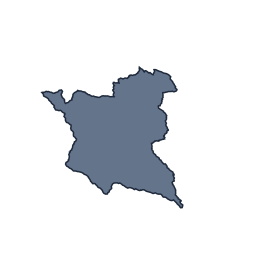 Cutervo, Cajamarca, Peru (Equal Earth projection), rotated 126°
{"feature_id": "86281439B9641917532645", "entity_name": "Cutervo", "entity_type": "district", "adm_level": 2, "iso_a3": "PER", "parent_name": "Peru", "parent_adm1": "Cajamarca", "projection": "equal_earth", "projection_center": [-78.851, -6.166], "detail": "fine", "context": "isolated", "style": "filled", "palette": "slate", "viewbox_px": 256, "rotation_deg": 126, "n_neighbors": 0, "source": "geoboundaries", "source_scale": "gbopen_adm2", "svg_char_len": 5884}
<svg xmlns="http://www.w3.org/2000/svg" viewBox="0 0 256 256"><g transform="rotate(126 128 128)"><path d="M195.0,109.1L194.6,107.2L193.5,105.9L192.0,106.3L191.4,105.9L190.7,105.7L189.5,106.3L186.6,105.7L186.0,106.1L185.3,107.1L182.5,107.6L181.4,107.3L180.5,106.7L178.7,104.5L178.4,103.0L177.4,102.3L177.2,101.6L177.2,100.0L177.4,98.8L177.0,97.4L177.1,95.3L176.8,92.9L175.5,92.0L174.7,90.7L174.1,88.4L174.1,86.8L173.8,86.4L172.7,86.2L172.2,83.0L171.8,81.9L171.3,81.4L170.7,81.3L170.3,80.3L169.4,80.0L168.5,78.5L168.4,76.0L166.8,71.9L166.3,69.3L165.7,68.7L164.4,67.8L164.2,66.1L163.7,64.7L162.3,62.7L162.3,61.5L163.1,59.4L163.1,58.8L162.3,57.6L161.8,56.2L162.1,54.3L161.9,53.5L161.7,51.5L161.2,50.2L160.4,49.4L159.4,48.9L160.1,44.5L160.5,43.6L160.8,40.6L161.3,39.9L161.5,38.4L161.1,38.2L160.8,37.5L160.6,37.4L158.8,38.0L158.0,38.6L158.1,41.1L157.2,42.4L156.9,42.6L156.1,42.1L155.7,42.2L155.5,42.6L155.6,43.7L155.4,44.6L155.8,45.7L155.0,46.5L154.9,47.7L154.4,49.2L154.3,50.4L153.0,50.9L150.6,52.8L150.2,52.9L147.7,57.4L147.5,58.1L147.6,58.6L147.0,58.9L146.6,59.8L146.2,60.3L145.0,60.3L144.0,59.5L143.6,59.5L143.0,60.4L142.2,60.9L141.5,60.9L141.2,61.1L140.7,62.3L139.6,63.8L139.1,63.1L138.3,63.6L138.4,64.3L137.3,65.8L137.5,68.6L137.4,70.3L136.8,71.4L137.2,72.5L137.1,73.1L136.0,73.9L135.1,76.5L135.2,76.9L135.7,77.3L136.1,78.1L135.9,78.5L135.7,80.4L135.2,81.2L135.2,81.8L134.7,82.3L135.0,83.7L134.6,84.7L134.2,84.9L134.0,85.3L134.0,86.2L134.2,88.1L134.1,89.0L133.4,90.1L133.5,91.6L133.2,93.0L132.3,93.8L131.8,94.5L131.7,95.5L130.9,96.7L130.6,96.9L130.2,96.7L129.9,97.2L128.8,97.7L126.6,100.0L125.7,99.1L124.9,99.2L123.3,98.4L122.7,98.6L122.1,97.7L121.5,97.4L121.1,96.3L120.7,95.7L120.0,95.8L119.8,95.1L118.9,95.1L118.4,94.4L116.9,93.4L116.2,92.6L115.6,92.6L115.3,92.0L114.5,92.7L114.0,92.7L114.0,94.0L113.3,94.5L112.9,94.1L110.8,94.6L110.0,94.0L108.9,93.8L108.6,94.3L107.1,94.7L106.5,94.1L106.1,94.1L105.6,94.7L105.4,95.9L104.4,96.8L104.0,98.2L103.2,99.3L101.6,99.7L101.4,100.0L101.3,100.8L100.0,102.1L99.1,101.9L98.4,102.0L97.8,102.3L97.6,102.7L97.1,102.9L96.8,103.4L96.4,103.3L95.9,103.9L95.1,104.1L95.0,105.0L94.6,105.6L94.2,106.5L94.1,108.7L93.6,109.2L94.0,114.8L92.5,116.4L92.2,116.4L91.1,115.1L89.6,115.7L88.1,115.4L87.4,116.0L86.7,116.0L85.9,117.0L84.8,116.8L84.5,117.6L82.7,117.6L81.5,118.7L80.8,118.9L80.1,119.8L78.9,120.6L77.8,119.1L76.8,118.5L76.1,117.7L74.7,116.7L73.2,114.6L72.1,113.7L72.0,112.6L71.4,111.8L69.6,110.7L68.9,110.7L68.0,111.1L68.0,112.5L67.7,113.5L66.9,113.6L66.5,113.9L66.2,115.3L65.5,116.4L64.8,118.5L64.3,119.1L63.6,122.5L62.7,123.2L61.4,123.6L61.3,123.8L61.3,125.2L61.0,126.3L61.4,128.8L62.7,131.7L63.0,134.2L63.7,135.9L64.5,139.8L65.3,141.1L65.5,141.3L66.5,139.8L67.9,139.6L70.2,139.0L70.4,140.4L70.2,142.8L70.7,143.2L71.2,143.3L71.2,143.5L71.1,146.0L71.2,147.2L71.6,147.8L72.0,148.0L73.0,147.7L73.1,147.9L72.1,150.6L72.4,152.1L72.2,154.5L73.4,153.8L74.3,152.7L75.9,152.5L77.3,152.7L78.0,152.3L78.6,152.8L80.6,153.3L81.9,154.7L82.6,155.0L82.9,155.5L83.3,156.6L83.5,156.9L84.2,157.0L84.3,157.5L85.0,157.7L85.3,157.5L85.7,157.8L86.5,157.3L87.2,157.7L88.2,157.6L88.9,159.1L89.6,160.0L91.2,160.8L91.4,161.7L92.1,163.4L93.4,163.8L94.1,164.4L94.4,164.4L95.1,163.6L95.6,163.5L96.9,161.7L97.2,162.4L97.9,163.4L99.1,164.8L99.2,166.0L99.7,166.6L100.9,166.2L101.1,165.5L101.7,164.7L101.9,163.9L102.7,164.1L103.7,163.8L104.4,162.8L105.3,162.3L105.9,162.7L106.2,162.7L106.7,162.0L107.4,160.1L108.3,159.8L109.1,159.8L109.8,159.4L110.9,158.0L110.9,157.6L111.1,157.7L111.4,158.7L113.2,160.7L113.7,162.5L114.2,163.6L115.1,164.6L115.4,165.3L115.9,165.6L116.1,166.3L116.6,167.1L117.6,168.0L120.0,169.1L121.1,170.7L121.0,171.0L121.4,171.6L121.5,172.1L122.3,173.5L122.3,174.5L123.4,175.6L123.7,176.3L123.6,176.9L123.8,177.5L123.7,178.6L124.1,179.0L124.2,179.6L124.5,180.1L124.3,181.2L124.5,181.6L124.5,182.1L124.3,182.7L124.5,183.4L124.2,184.1L124.8,184.6L124.8,185.2L125.3,185.9L125.7,187.9L126.4,188.5L126.7,189.5L127.1,189.8L127.1,190.7L127.9,190.6L128.7,191.2L129.5,191.3L130.7,192.0L132.7,192.3L133.3,192.2L134.2,191.5L135.0,191.4L135.7,190.8L136.1,191.0L137.6,190.6L138.2,189.9L140.1,191.1L142.1,191.3L143.0,191.7L143.9,192.6L144.8,192.9L144.7,193.8L144.2,194.5L143.4,195.2L143.2,195.7L142.6,195.8L142.5,196.1L142.2,196.8L141.9,199.1L140.7,201.1L139.8,202.0L138.3,202.0L137.5,202.5L136.9,202.5L136.5,203.5L136.6,204.0L136.4,204.2L137.9,205.8L140.1,206.0L141.8,207.4L142.5,207.6L142.8,208.0L143.2,208.0L143.9,209.1L144.2,211.1L144.8,211.9L145.2,213.7L145.5,214.2L146.0,214.4L146.4,215.7L147.0,216.1L148.0,216.4L148.7,217.3L149.2,217.5L149.4,218.2L149.9,218.6L150.4,216.3L151.6,215.2L151.7,214.8L151.2,212.0L151.2,209.6L152.0,208.4L152.3,205.5L152.9,204.5L153.2,201.0L153.5,200.5L154.6,200.3L154.9,199.3L155.9,197.3L155.8,196.8L155.1,195.8L154.8,194.6L154.5,194.0L153.4,193.0L153.4,192.0L153.7,190.6L153.6,189.0L153.3,187.9L153.7,187.2L154.4,187.4L154.9,186.9L156.3,186.6L156.9,184.2L158.4,183.3L159.2,182.1L159.6,181.0L159.1,179.7L159.1,178.4L159.3,177.0L159.1,175.8L161.0,174.5L161.8,174.3L163.0,172.8L163.1,171.0L163.5,169.8L163.9,169.2L165.1,168.6L166.5,167.4L166.7,166.7L166.6,165.7L167.2,164.1L167.2,163.2L168.2,162.7L169.4,162.6L170.7,163.2L171.5,162.6L172.3,162.8L172.6,162.4L173.2,162.2L174.1,162.6L177.1,161.1L178.3,161.1L179.0,160.6L180.2,161.3L181.3,160.7L181.9,161.2L182.5,160.6L184.2,160.3L185.5,158.7L188.0,157.5L188.8,157.6L189.4,156.9L190.2,157.2L191.4,157.3L191.9,157.8L193.0,157.7L194.0,157.2L194.6,156.0L194.9,154.9L194.6,153.6L194.8,151.9L194.4,149.6L194.8,146.9L193.3,144.6L193.1,143.5L192.5,142.7L191.2,139.5L191.0,137.4L191.2,136.4L190.6,134.2L190.7,131.6L191.3,131.1L191.4,130.5L192.4,127.7L193.1,127.0L193.2,125.8L193.5,125.1L193.7,123.6L192.9,123.0L192.4,121.9L192.8,120.7L192.8,119.5L193.5,117.7L193.5,116.7L193.2,116.0L193.0,114.6L193.5,113.1L193.4,112.3L194.4,110.9L195.0,109.1Z" fill="#64748b" stroke="#1e293b" stroke-width="1.5"/></g></svg>